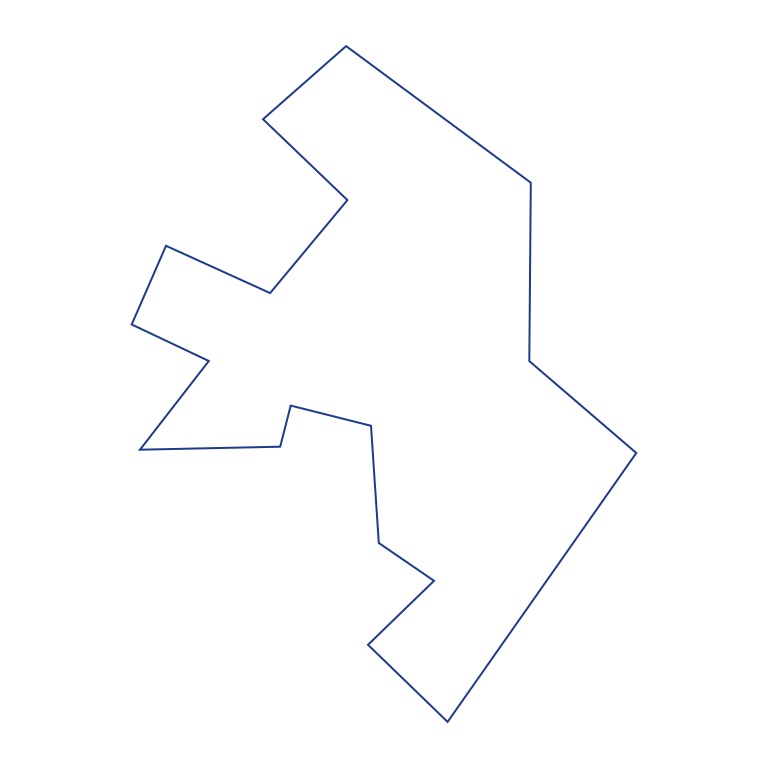 Nukus city, Karakalpakstan, Uzbekistan (Robinson projection)
{"feature_id": "79887680B72468614432552", "entity_name": "Nukus city", "entity_type": "district", "adm_level": 2, "iso_a3": "UZB", "parent_name": "Uzbekistan", "parent_adm1": "Karakalpakstan", "projection": "robinson", "projection_center": [59.568, 42.419], "detail": "fine", "context": "isolated", "style": "outline", "palette": "blue", "viewbox_px": 768, "rotation_deg": 0, "n_neighbors": 0, "source": "geoboundaries", "source_scale": "gbopen_adm2", "svg_char_len": 354}
<svg xmlns="http://www.w3.org/2000/svg" viewBox="0 0 768 768"><path d="M530.8,182.7L346.1,46.1L263.0,119.2L347.4,200.1L270.1,293.1L166.0,245.8L131.7,324.5L208.8,361.0L140.0,449.7L280.2,446.7L290.7,405.6L371.0,425.8L378.8,543.0L434.0,580.8L368.0,644.8L447.6,721.9L636.3,453.0L529.3,361.1L530.8,182.7Z" fill="none" stroke="#1e3a8a" stroke-width="2"/></svg>